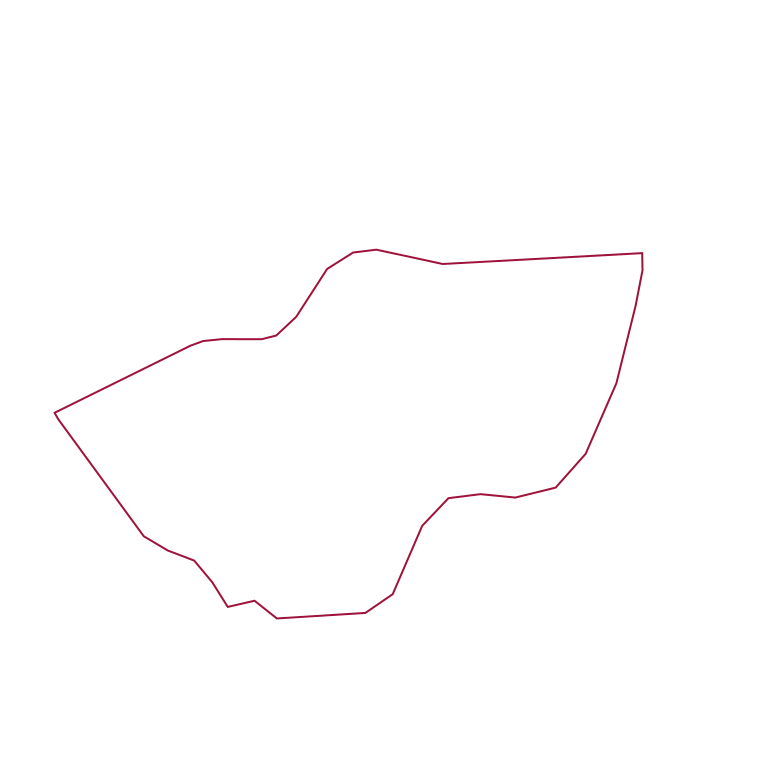 the border of Busia, rotated 230°
{"feature_id": "UGA-3118", "entity_name": "Busia", "entity_type": "District", "adm_level": 1, "iso_a3": "UGA", "parent_name": "Uganda", "parent_adm1": "", "projection": "mercator", "projection_center": [34.003, 0.388], "detail": "fine", "context": "isolated", "style": "outline", "palette": "rose", "viewbox_px": 768, "rotation_deg": 230, "n_neighbors": 0, "source": "natural_earth", "source_scale": "10m", "svg_char_len": 574}
<svg xmlns="http://www.w3.org/2000/svg" viewBox="0 0 768 768"><g transform="rotate(230 384 384)"><path d="M573.7,113.2L537.8,260.3L533.2,273.0L522.7,288.5L497.0,319.0L490.4,332.6L491.9,360.0L508.7,414.4L504.6,444.8L491.8,464.5L438.2,506.1L318.3,665.9L317.8,665.5L305.0,655.2L282.1,626.9L235.2,562.5L200.9,493.6L194.3,448.9L212.6,411.6L237.6,387.1L255.1,360.0L250.8,322.1L217.4,255.6L220.6,222.6L273.3,151.2L301.2,145.5L313.7,121.0L342.3,125.0L370.7,125.1L395.5,111.3L421.8,102.1L566.2,111.8L573.0,113.0L573.7,113.2Z" fill="none" stroke="#9f1239" stroke-width="2"/></g></svg>